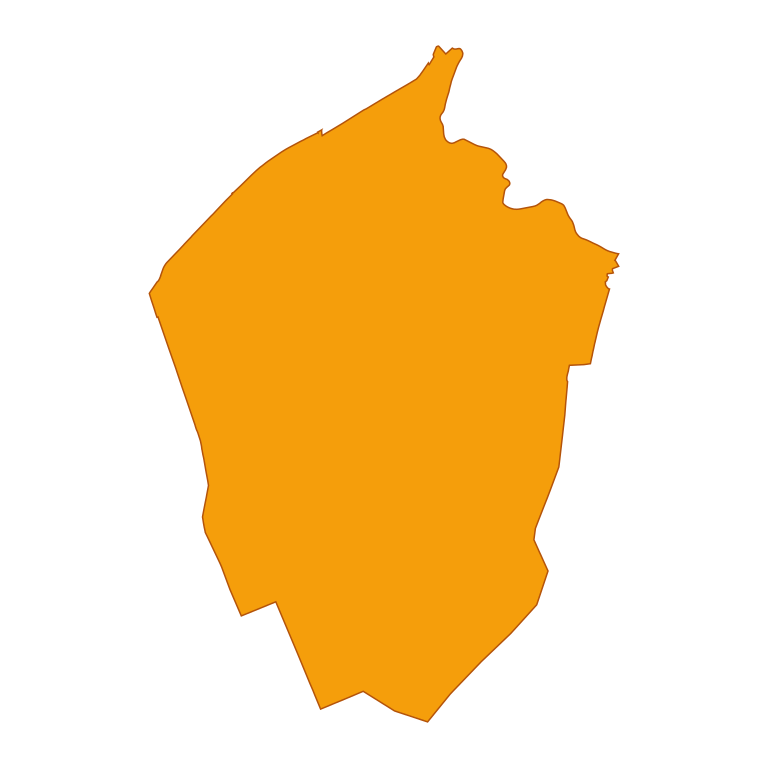 Soest, Utrecht, Netherlands
{"feature_id": "6326949B26493124022578", "entity_name": "Soest", "entity_type": "district", "adm_level": 2, "iso_a3": "NLD", "parent_name": "Netherlands", "parent_adm1": "Utrecht", "projection": "mercator", "projection_center": [5.308, 52.157], "detail": "fine", "context": "isolated", "style": "filled", "palette": "amber", "viewbox_px": 768, "rotation_deg": 0, "n_neighbors": 0, "source": "geoboundaries", "source_scale": "gbopen_adm2", "svg_char_len": 5961}
<svg xmlns="http://www.w3.org/2000/svg" viewBox="0 0 768 768"><path d="M462.0,57.1L462.4,56.2L462.7,54.5L462.8,53.8L462.8,53.2L462.7,52.8L462.3,51.7L461.8,50.6L461.2,49.8L460.8,49.3L460.2,48.8L460.0,48.7L459.4,48.6L459.1,48.5L457.7,48.7L456.0,49.1L455.4,49.1L454.1,49.0L453.6,48.8L452.3,48.1L449.1,51.0L445.8,54.0L438.8,46.3L438.4,46.1L438.2,46.1L437.8,46.2L436.6,46.7L436.5,46.8L436.2,47.3L433.4,54.1L433.3,54.3L433.3,54.7L433.4,55.3L433.6,56.3L433.9,56.9L430.1,63.1L429.1,64.7L428.8,64.5L428.5,63.9L428.3,63.1L422.2,72.0L421.0,73.6L420.0,75.1L416.8,78.7L416.4,79.1L407.1,84.7L396.7,90.7L381.7,99.5L373.6,104.4L366.8,108.5L365.7,109.1L364.1,109.8L362.3,110.9L342.7,123.3L332.4,129.5L327.1,132.6L325.0,133.9L322.2,135.7L321.8,133.6L321.6,130.9L321.7,130.6L321.4,130.2L321.5,130.0L317.7,132.1L318.0,132.6L318.0,132.8L317.9,132.7L306.9,138.1L305.7,138.7L303.8,139.8L300.5,141.4L290.6,146.7L288.7,147.7L285.7,149.4L281.5,152.0L276.1,155.7L268.2,161.1L265.9,162.8L263.8,164.5L262.0,165.9L260.2,167.2L256.4,170.5L251.4,175.2L244.0,182.5L243.8,182.7L240.3,186.1L233.3,192.7L232.8,192.7L232.5,192.8L231.9,193.5L232.4,194.0L226.8,199.6L225.5,200.9L216.8,210.1L214.1,213.0L212.3,214.9L211.9,215.2L210.9,216.2L204.8,222.6L192.0,235.9L191.6,236.5L183.9,244.6L183.8,244.8L182.0,246.7L179.3,249.6L175.8,253.2L166.8,262.6L165.9,263.7L164.9,265.2L164.3,266.2L163.6,267.5L162.9,269.2L162.6,270.1L160.8,275.2L160.7,275.4L160.8,275.5L160.6,276.1L160.5,276.5L160.1,277.3L159.8,278.1L159.4,279.0L158.5,280.7L158.4,280.8L157.3,281.8L157.0,282.1L153.9,286.6L153.8,286.8L150.5,291.5L149.3,293.4L151.5,300.5L154.2,308.6L155.7,313.5L157.0,317.3L158.0,317.0L168.7,348.1L175.9,368.6L176.8,371.4L182.3,387.8L186.8,400.8L193.6,420.8L194.7,424.0L195.1,425.3L195.4,426.4L196.2,428.9L196.7,430.2L197.2,431.2L197.9,433.0L200.4,440.8L201.5,446.1L201.9,449.3L202.1,450.1L202.9,454.6L203.5,457.2L203.9,459.2L206.0,471.4L207.8,481.1L208.5,485.5L206.6,495.6L206.3,497.4L205.1,503.3L203.5,511.6L202.5,517.0L202.8,518.6L203.5,523.2L204.2,527.1L205.0,530.8L205.3,532.5L207.7,537.4L219.3,561.8L220.5,564.4L221.7,567.2L225.1,576.4L230.0,589.6L235.2,601.7L241.3,615.9L275.8,601.8L297.4,653.1L300.5,660.6L309.9,683.4L312.9,690.3L314.8,695.1L320.6,709.1L333.3,703.8L345.4,698.8L354.2,695.1L358.2,693.4L363.2,691.3L394.5,710.9L397.4,711.9L427.6,721.9L450.1,694.2L453.1,691.0L474.1,669.1L481.3,661.6L510.8,633.4L524.3,618.5L536.7,604.8L548.0,571.0L543.6,561.3L540.7,554.8L539.6,552.5L533.9,539.8L535.3,529.2L535.4,528.4L538.3,520.8L544.7,504.4L547.4,497.6L550.4,489.7L558.8,467.1L559.1,464.8L562.5,435.5L563.0,430.9L564.8,415.2L565.9,400.8L566.1,399.0L567.1,387.6L567.6,381.6L567.1,380.8L566.9,380.4L566.8,379.5L566.8,378.6L566.8,377.5L567.0,376.2L567.1,375.7L567.6,373.6L568.3,371.1L568.6,369.3L569.4,365.3L573.9,365.1L584.0,364.6L585.5,364.4L590.4,363.7L591.5,358.3L592.1,355.8L592.9,351.6L593.5,349.1L594.7,343.3L595.1,341.9L595.4,340.4L595.8,338.8L597.3,332.3L598.4,328.0L598.8,326.5L600.7,319.7L603.4,310.5L604.2,307.4L609.5,289.0L608.9,288.9L608.5,288.7L607.5,287.8L606.9,287.1L606.0,285.7L605.7,285.3L605.6,284.9L605.5,284.1L605.4,282.5L605.3,281.9L605.7,281.7L606.2,281.1L606.8,280.7L608.3,277.0L607.4,276.4L607.1,276.1L607.2,274.0L607.5,273.7L608.6,273.6L610.3,273.4L611.8,273.3L613.3,272.9L612.5,270.7L612.4,270.2L612.4,269.5L612.5,268.7L618.7,266.3L615.3,260.5L614.9,260.4L616.0,258.4L618.6,253.8L616.9,253.5L615.2,253.1L611.4,252.0L609.9,251.6L607.6,250.7L606.5,250.2L604.6,249.2L601.0,247.0L599.2,246.0L597.3,245.0L593.1,243.1L589.3,241.2L586.7,240.0L584.8,239.3L581.9,238.3L581.6,238.1L581.1,237.9L580.3,237.4L579.1,236.5L578.5,235.9L578.0,235.3L577.0,234.1L576.1,232.8L575.6,231.9L575.3,231.0L574.9,230.0L574.3,227.4L574.0,226.2L573.6,224.8L573.1,223.5L572.8,222.7L572.5,221.9L572.2,221.3L571.8,220.7L570.8,219.3L569.4,217.4L568.7,216.2L568.4,215.7L567.8,214.5L565.3,208.2L564.8,207.2L563.9,205.6L563.7,205.3L562.9,204.6L561.7,203.8L559.4,202.8L555.4,201.1L553.2,200.4L551.7,200.0L550.6,199.8L547.4,199.5L546.8,199.5L545.9,199.7L544.9,200.0L543.2,200.8L542.7,201.1L541.4,201.9L539.5,203.5L538.1,204.4L536.7,205.3L535.0,206.0L534.2,206.2L532.5,206.6L520.4,208.9L518.3,209.2L516.6,209.3L515.2,209.2L514.3,209.2L513.2,209.0L512.0,208.7L510.3,208.2L509.3,207.8L508.0,207.2L506.9,206.6L505.8,205.9L504.9,205.2L504.2,204.6L503.7,204.1L503.1,203.2L502.9,202.8L502.8,202.5L502.8,202.2L502.8,201.9L503.1,199.2L504.6,190.8L504.9,190.0L505.2,189.2L505.6,188.6L506.0,188.2L506.6,187.5L508.8,185.6L509.2,185.2L509.5,184.8L509.6,184.4L509.7,184.2L509.8,183.7L509.8,183.0L509.7,182.7L509.6,182.4L509.4,181.9L509.2,181.3L509.0,181.1L508.8,180.9L508.3,180.4L507.1,179.4L505.0,178.6L504.4,178.3L503.8,177.8L503.6,177.6L503.0,176.9L502.8,176.4L502.6,175.9L502.6,175.4L502.6,174.8L502.8,174.3L502.9,174.0L505.6,169.7L506.2,168.1L506.5,167.3L506.5,166.7L506.5,165.9L506.4,165.4L506.3,165.1L506.0,164.3L505.9,163.9L505.6,163.4L505.3,162.9L504.8,162.3L504.0,161.3L500.9,158.0L496.9,153.8L495.5,152.6L493.6,151.1L492.5,150.3L491.0,149.4L490.1,149.0L488.6,148.4L487.5,148.1L482.1,146.9L478.9,146.2L477.2,145.7L474.6,144.6L466.8,140.6L465.0,139.7L464.0,139.2L463.0,139.2L462.5,139.2L460.6,139.7L460.1,139.9L455.7,142.0L454.4,142.7L453.4,143.0L452.8,143.2L451.9,143.3L451.3,143.3L450.9,143.2L450.0,143.0L449.2,142.7L447.9,141.9L447.4,141.5L446.7,140.9L446.1,140.3L445.8,139.9L445.4,139.3L445.2,138.9L444.7,137.8L444.2,136.6L444.1,136.1L444.0,135.4L443.8,134.7L443.6,132.9L443.5,131.3L443.2,127.1L443.2,126.6L442.9,125.6L442.5,124.4L442.1,123.7L440.9,121.5L440.7,121.1L440.4,120.2L440.2,119.3L440.0,118.1L440.1,117.6L440.1,117.1L440.2,116.6L440.4,116.2L440.6,115.5L440.8,115.1L441.1,114.6L441.5,114.0L442.8,112.3L443.1,111.9L443.5,111.1L444.1,109.8L444.4,108.8L444.7,107.5L445.3,104.2L445.8,102.2L446.7,98.8L447.5,96.2L448.9,91.8L449.7,88.0L450.9,83.4L451.3,81.6L451.9,79.8L452.6,77.8L453.9,74.4L456.5,67.3L457.3,65.5L458.9,62.4L460.2,60.2L461.4,58.4L462.0,57.1Z" fill="#f59e0b" stroke="#b45309" stroke-width="1.5"/></svg>